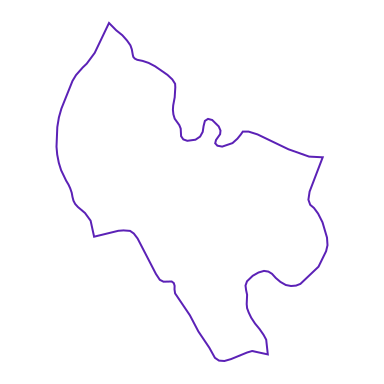 an SVG outline of Bình Dương
{"feature_id": "VNM-483", "entity_name": "Bình Dương", "entity_type": "Province", "adm_level": 1, "iso_a3": "VNM", "parent_name": "Vietnam", "parent_adm1": "", "projection": "natural_earth1", "projection_center": [106.657, 11.214], "detail": "fine", "context": "isolated", "style": "outline", "palette": "violet", "viewbox_px": 384, "rotation_deg": 0, "n_neighbors": 0, "source": "natural_earth", "source_scale": "10m", "svg_char_len": 1641}
<svg xmlns="http://www.w3.org/2000/svg" viewBox="0 0 384 384"><path d="M163.5,281.7L159.8,279.8L155.9,273.9L137.6,238.5L133.8,233.5L130.1,230.9L123.5,230.4L118.3,230.8L94.1,236.7L90.6,220.7L85.0,213.0L77.9,207.0L75.2,204.0L73.5,200.8L72.5,197.0L71.7,192.7L70.2,188.3L68.5,184.6L66.1,180.6L61.1,170.2L58.8,162.8L57.2,154.6L56.5,146.7L57.3,127.1L58.9,117.4L61.4,108.6L72.5,80.9L76.0,75.1L82.7,67.5L86.7,63.7L94.7,52.9L109.0,23.0L116.2,30.3L122.3,35.2L127.0,40.5L130.4,45.3L131.8,49.3L132.8,54.9L133.3,56.9L134.8,58.6L137.2,59.8L142.6,60.9L148.6,62.9L155.1,66.3L167.5,74.9L172.3,79.4L175.1,83.8L175.3,87.3L174.7,97.3L173.2,105.4L172.9,109.7L173.4,114.4L174.7,118.7L179.3,125.1L180.7,128.6L181.1,136.2L183.3,139.4L187.3,140.8L195.5,139.7L200.1,136.6L202.7,131.9L203.6,126.0L204.9,120.9L208.0,118.9L212.2,120.0L218.7,126.4L220.5,130.6L220.1,134.2L216.0,140.0L215.2,143.3L217.4,145.7L222.2,146.6L232.5,143.1L237.4,138.7L240.8,134.5L242.8,131.6L248.6,131.6L257.5,134.4L288.5,149.3L309.1,156.6L322.7,157.3L309.6,191.6L308.4,199.7L310.2,204.8L313.9,207.9L318.1,213.6L322.5,222.3L327.0,237.6L327.5,245.2L326.1,251.2L318.5,266.7L300.4,283.9L296.0,285.6L291.0,286.0L285.8,285.0L280.4,281.9L275.8,278.0L272.0,273.8L268.4,271.6L264.0,270.9L258.5,272.5L252.7,275.8L247.0,281.3L245.5,285.6L246.1,290.1L247.1,294.8L246.7,304.1L247.1,308.2L248.7,312.5L251.2,317.7L255.0,323.5L259.6,329.1L263.6,334.9L266.2,339.7L267.8,354.4L252.1,351.0L247.1,352.5L231.0,359.1L224.4,361.0L219.0,360.6L214.9,357.8L209.3,347.7L198.4,331.5L189.9,315.3L175.1,293.4L174.5,289.4L174.6,285.8L173.8,283.1L171.7,281.5L163.5,281.7Z" fill="none" stroke="#5b21b6" stroke-width="2"/></svg>